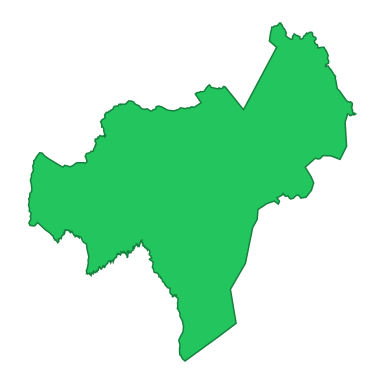 Bodi, Western, Ghana
{"feature_id": "2480657B1960270363323", "entity_name": "Bodi", "entity_type": "district", "adm_level": 2, "iso_a3": "GHA", "parent_name": "Ghana", "parent_adm1": "Western", "projection": "equal_earth", "projection_center": [-2.872, 6.24], "detail": "fine", "context": "isolated", "style": "filled", "palette": "green", "viewbox_px": 384, "rotation_deg": 0, "n_neighbors": 0, "source": "geoboundaries", "source_scale": "gbopen_adm2", "svg_char_len": 5892}
<svg xmlns="http://www.w3.org/2000/svg" viewBox="0 0 384 384"><path d="M95.7,272.5L96.1,271.2L97.1,271.6L97.1,270.4L98.1,270.4L99.3,266.7L99.8,266.9L100.8,268.9L101.3,269.1L103.5,265.6L103.8,265.7L104.2,267.4L104.7,267.4L105.9,264.8L106.7,263.7L107.5,263.7L108.2,261.4L109.3,261.0L109.7,261.6L110.4,260.9L110.8,262.6L111.4,261.2L112.8,260.2L113.2,261.9L113.9,259.6L116.1,256.8L116.5,257.1L117.2,253.8L118.5,253.5L118.2,254.4L119.2,254.2L120.5,255.0L121.1,253.5L120.9,252.1L121.9,252.7L122.1,251.9L123.8,252.8L124.0,251.8L124.7,252.8L125.1,252.4L125.6,252.8L126.0,254.4L127.1,255.7L127.1,257.3L127.4,257.3L127.9,256.1L127.5,254.8L127.9,254.6L128.3,253.2L127.3,252.1L128.2,251.9L128.1,250.8L129.3,251.5L129.1,252.7L130.9,252.8L131.4,251.1L133.1,250.1L132.8,249.8L133.3,248.4L133.0,247.8L133.2,246.4L133.7,246.4L133.7,247.5L134.3,248.2L134.9,246.1L136.1,244.9L136.3,244.1L136.8,244.8L137.6,244.3L137.9,244.9L137.2,245.2L138.0,246.5L138.7,245.7L139.2,246.2L140.7,241.3L141.7,240.2L142.1,240.2L141.6,241.0L142.1,242.9L143.1,243.1L142.8,245.4L143.7,246.2L144.5,246.0L144.7,247.2L145.5,248.0L146.2,248.0L146.6,248.7L147.1,248.5L147.6,250.2L148.2,249.6L149.5,250.4L150.0,252.4L149.3,253.7L149.3,254.7L150.8,256.0L151.7,258.1L149.6,259.0L149.5,259.4L152.8,261.6L153.1,263.9L152.3,267.2L153.5,269.3L154.2,272.2L155.5,272.8L156.7,272.7L158.7,274.6L159.1,277.0L160.5,276.6L160.8,278.3L162.0,279.0L162.6,281.6L164.0,282.4L165.4,285.4L166.6,286.3L167.6,287.7L170.0,288.3L170.0,292.6L171.2,294.4L172.4,294.8L172.4,296.7L173.5,296.5L173.7,295.5L174.5,295.6L174.8,295.0L175.3,295.7L176.1,295.1L176.3,295.6L175.9,296.5L178.1,298.5L178.0,300.8L177.5,303.2L177.8,306.2L177.4,308.2L177.8,308.4L177.5,308.8L178.1,309.4L179.9,313.0L180.0,316.3L182.4,321.0L183.5,326.4L183.0,332.0L180.9,335.6L178.9,339.9L179.0,341.6L180.1,345.1L179.5,348.5L179.7,353.5L180.1,355.3L181.1,355.7L181.5,357.2L182.7,359.0L185.0,361.0L219.2,336.1L236.1,323.3L230.4,289.3L245.4,263.3L252.7,227.5L257.2,219.5L258.0,209.5L267.0,203.5L274.3,201.1L278.3,204.1L279.5,201.3L276.9,197.8L281.8,195.3L283.1,193.5L283.6,194.7L284.5,194.7L284.9,195.9L285.5,196.3L287.9,195.8L289.8,198.5L290.6,199.0L293.2,198.3L296.3,195.5L297.8,195.0L299.0,195.6L300.8,198.1L305.9,197.3L311.4,190.4L313.7,182.8L310.9,176.4L305.2,167.2L315.3,158.2L317.3,158.9L319.9,158.8L323.0,155.6L331.0,155.9L340.0,159.4L346.6,146.3L345.1,122.2L347.5,114.4L347.7,113.8L349.1,114.2L349.7,115.4L350.3,115.7L352.8,114.5L354.2,114.9L355.5,114.1L354.4,113.8L354.5,113.1L353.2,113.4L352.5,111.5L352.7,110.6L351.9,109.1L352.0,108.1L351.5,106.7L352.3,105.8L352.3,103.3L350.6,101.8L349.5,102.1L347.9,101.7L346.4,100.6L339.5,90.8L337.2,88.6L335.9,80.7L335.2,78.4L335.5,76.3L333.9,74.5L330.6,69.1L329.7,68.6L328.1,66.0L326.0,66.7L325.4,66.3L325.8,64.5L326.4,64.9L326.8,64.2L328.5,63.2L328.7,61.5L328.6,60.4L327.7,59.4L327.6,57.7L328.2,55.6L326.3,50.9L324.5,48.6L324.2,47.5L323.3,47.1L317.9,47.9L317.4,44.6L316.0,44.4L314.8,42.6L314.4,40.8L316.0,39.3L315.8,37.6L313.0,36.2L312.6,35.2L312.5,33.1L311.8,32.3L309.6,32.3L308.0,33.7L306.7,33.0L305.1,35.3L303.8,36.1L302.9,38.4L301.0,39.2L299.7,38.6L299.8,36.6L295.9,35.1L294.2,33.9L292.5,36.8L292.4,39.1L291.2,39.5L287.9,37.6L285.6,35.5L286.3,32.9L284.3,28.7L283.2,28.0L282.0,24.9L281.2,24.5L280.9,23.1L279.6,23.0L277.3,25.6L273.8,26.4L273.3,27.1L271.7,27.3L271.4,30.1L270.7,31.9L269.4,41.1L276.7,47.3L243.5,109.7L225.1,86.8L223.4,86.5L222.6,88.0L221.1,88.7L218.9,87.9L218.2,88.9L211.2,87.4L210.0,85.4L209.2,84.9L206.8,87.3L204.3,91.2L202.2,91.8L200.4,91.6L199.2,92.4L196.8,92.7L195.3,94.0L201.1,102.7L194.2,107.4L192.1,106.8L190.6,107.1L189.7,108.3L187.6,107.8L185.3,108.7L180.6,107.8L178.4,109.5L173.9,110.9L167.7,110.2L161.6,106.8L158.2,106.0L156.2,106.7L155.9,108.5L154.6,109.5L153.3,109.6L151.9,110.9L150.4,110.9L147.2,108.8L144.9,109.3L142.7,109.1L141.0,108.2L139.3,105.9L135.4,104.2L133.4,101.9L131.5,101.1L128.7,100.9L125.5,104.2L121.4,104.2L120.9,104.8L120.5,104.1L118.9,104.4L118.6,105.4L117.8,106.0L114.9,106.2L113.5,107.2L113.2,108.9L111.4,110.1L110.8,110.1L110.0,111.2L109.1,111.2L108.4,112.4L106.4,112.3L104.7,114.8L105.0,118.0L102.0,119.7L101.2,121.2L100.6,121.5L101.8,124.9L101.7,127.0L102.4,126.8L103.1,127.3L103.6,128.4L103.8,131.0L104.7,134.2L105.6,135.2L105.4,136.3L104.8,136.9L104.3,135.2L103.7,136.3L102.7,136.0L101.8,136.5L100.4,135.5L99.8,135.7L99.3,136.8L97.7,137.3L98.0,138.5L95.1,139.3L95.4,140.3L94.9,141.2L95.8,142.2L96.2,143.8L95.2,145.2L95.6,145.8L94.0,148.4L93.0,151.3L90.9,151.4L89.9,152.8L86.6,153.5L86.0,154.5L85.2,156.6L85.9,157.6L87.1,161.6L85.3,163.2L83.5,162.7L77.6,162.7L76.1,163.1L72.8,165.6L70.3,166.8L64.8,165.3L63.0,167.1L60.6,166.0L48.4,158.6L44.0,155.4L42.3,153.2L39.7,152.7L36.7,156.5L34.9,159.9L33.8,160.6L33.9,162.9L32.8,166.0L33.4,171.0L32.6,171.9L31.3,174.9L31.5,176.5L30.4,180.3L31.3,184.0L31.8,188.7L31.6,191.4L29.8,193.5L29.8,197.3L28.7,198.7L29.3,201.7L28.5,204.8L29.5,208.8L29.2,211.3L30.7,212.4L31.1,213.9L30.2,216.6L30.8,217.7L30.7,220.0L29.9,220.7L28.9,222.9L29.4,224.2L30.0,224.8L30.0,225.4L33.9,226.0L35.2,225.5L37.6,222.5L45.6,230.0L49.5,232.7L52.4,235.6L53.1,235.7L53.7,238.0L55.0,240.1L55.8,239.7L56.0,240.4L56.7,240.9L57.7,242.7L58.9,241.4L58.3,239.2L59.4,239.1L59.7,238.2L61.2,238.7L61.9,236.0L62.6,235.0L63.5,234.9L64.3,234.0L63.8,232.9L64.8,232.7L64.4,231.5L65.3,229.3L65.4,230.8L66.0,230.3L66.9,230.3L67.1,229.7L69.1,230.6L69.5,232.2L69.8,230.9L70.1,231.0L70.2,232.2L70.6,232.6L71.1,231.4L71.9,231.3L72.1,232.3L73.3,233.4L73.6,234.9L74.9,235.5L75.2,236.7L76.3,235.6L76.5,236.3L78.5,236.0L78.1,237.6L78.5,236.9L79.3,237.9L79.9,236.8L81.0,237.3L82.7,241.1L83.9,242.5L86.4,243.9L87.2,249.9L88.9,256.9L88.1,259.8L88.3,263.0L87.9,265.4L87.1,269.1L86.3,270.5L86.8,272.0L86.5,273.5L87.4,273.3L87.7,274.0L89.7,273.2L89.7,274.2L91.0,275.4L91.0,274.1L91.5,274.3L92.1,272.8L93.1,273.6L93.2,271.9L93.6,271.2L94.6,272.5L95.7,272.5Z" fill="#22c55e" stroke="#15803d" stroke-width="1.5"/></svg>